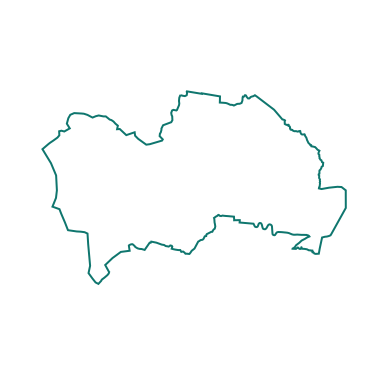 Domnesti, Arges, Romania, rotated 189°
{"feature_id": "2599482B99518216474378", "entity_name": "Domnesti", "entity_type": "district", "adm_level": 2, "iso_a3": "ROU", "parent_name": "Romania", "parent_adm1": "Arges", "projection": "natural_earth1", "projection_center": [24.832, 45.212], "detail": "fine", "context": "isolated", "style": "outline", "palette": "teal", "viewbox_px": 384, "rotation_deg": 189, "n_neighbors": 0, "source": "geoboundaries", "source_scale": "gbopen_adm2", "svg_char_len": 5561}
<svg xmlns="http://www.w3.org/2000/svg" viewBox="0 0 384 384"><g transform="rotate(189 192 192)"><path d="M325.7,245.5L326.3,239.9L322.7,235.7L327.6,231.8L330.6,232.1L332.7,231.2L331.9,227.2L333.4,224.7L336.8,221.3L339.9,218.4L341.3,216.9L346.4,210.9L335.8,198.4L328.8,187.1L325.7,172.5L325.4,164.9L327.5,155.7L320.2,154.3L317.9,150.3L312.7,142.0L308.6,135.0L308.5,134.9L306.6,134.9L299.7,135.0L295.7,135.4L291.8,135.5L288.7,134.6L286.4,124.3L281.1,103.2L281.5,95.8L281.5,95.7L276.8,91.0L273.1,87.6L270.1,86.6L267.8,90.0L267.4,91.3L265.0,93.8L262.6,96.6L261.5,98.5L261.3,100.0L261.5,100.1L266.3,106.3L260.2,114.3L252.9,121.7L244.4,124.2L246.0,129.2L246.0,129.3L245.4,129.9L244.7,130.4L244.1,130.7L243.6,130.9L242.8,131.1L242.7,131.1L241.9,130.8L240.9,130.1L240.0,129.5L239.5,128.9L237.9,128.2L236.8,127.8L234.9,127.6L232.8,127.8L229.7,127.4L225.9,135.3L224.9,135.4L224.5,136.6L224.4,136.6L219.3,136.4L213.6,135.3L211.3,135.3L209.5,134.5L207.4,134.5L206.8,134.4L206.7,134.4L205.7,135.0L205.1,135.8L203.6,135.7L202.9,134.9L203.2,132.8L201.5,132.6L199.6,132.5L196.6,132.5L194.5,132.8L194.4,132.7L193.2,131.2L192.1,131.6L191.5,131.8L191.4,131.8L189.8,130.9L188.8,130.0L188.7,130.0L188.0,130.2L184.9,130.4L184.8,130.5L184.0,131.9L183.1,133.9L180.7,136.5L178.1,144.0L177.0,144.8L176.1,145.8L174.1,146.5L173.3,147.5L172.5,150.2L172.4,150.3L171.1,150.7L171.1,150.8L171.1,152.0L170.8,152.7L170.7,152.8L170.1,153.2L166.7,155.7L165.7,155.9L165.3,157.1L164.8,158.3L163.8,159.3L163.6,161.6L164.4,164.1L164.9,165.3L165.8,169.1L166.2,169.8L164.5,171.5L163.4,172.3L162.7,173.2L162.4,173.5L161.7,173.4L161.1,172.9L160.5,172.8L159.5,172.8L158.1,173.5L156.6,173.5L155.1,173.6L152.7,173.8L146.7,174.2L145.9,170.8L145.9,170.7L140.5,171.7L140.4,171.7L140.2,169.3L126.3,170.3L124.7,168.0L124.1,167.5L123.3,167.4L122.5,167.5L121.9,168.0L121.5,168.9L121.3,170.2L121.1,171.0L120.7,171.6L120.2,172.0L119.4,172.0L118.8,171.8L118.0,170.8L116.8,168.0L116.4,167.3L115.8,166.7L115.1,166.6L114.5,166.6L113.9,166.7L113.3,167.2L112.7,168.2L111.7,171.0L111.0,171.8L110.9,171.9L110.1,172.2L109.0,172.0L108.1,171.4L107.6,170.4L106.1,163.9L105.9,163.3L105.7,162.8L105.3,162.5L105.0,162.3L104.6,162.2L104.2,162.2L103.8,162.2L103.3,162.5L103.0,163.1L102.2,164.9L101.7,165.5L100.5,166.0L97.0,166.4L91.7,166.7L90.0,166.6L86.6,165.8L85.3,165.7L84.1,165.8L81.4,166.4L77.1,166.8L75.3,167.1L73.6,167.3L72.5,167.5L71.4,167.4L70.7,167.3L70.2,167.2L69.6,166.9L69.1,166.4L71.2,165.1L73.0,163.5L76.1,161.2L78.2,158.5L80.8,155.8L81.8,153.7L83.0,152.3L83.7,152.0L83.8,151.9L83.8,151.7L80.4,152.1L79.8,152.9L79.2,153.2L78.8,153.7L78.4,153.6L77.6,153.0L77.0,152.7L76.2,152.7L75.7,152.9L75.5,153.3L75.4,153.4L75.4,154.2L75.3,154.5L75.2,154.5L75.1,154.4L74.8,153.6L74.4,153.2L73.8,153.2L72.2,153.4L69.6,153.4L67.4,152.7L66.2,152.9L65.4,152.7L64.5,153.0L63.9,153.0L63.8,152.7L64.0,152.1L63.6,151.3L63.2,151.2L62.7,151.5L61.7,150.5L61.6,150.4L60.3,150.2L59.8,150.3L57.1,150.9L57.0,156.2L56.4,167.4L53.7,168.6L51.8,169.1L50.0,169.9L48.4,170.9L47.7,172.6L37.6,200.3L40.4,217.7L45.1,220.3L49.1,219.9L57.3,217.7L64.5,215.2L67.2,215.4L67.2,216.6L66.8,217.1L66.9,220.6L67.3,221.3L67.1,222.2L67.6,223.5L67.5,224.1L67.7,224.6L68.5,225.5L68.8,226.6L68.8,227.8L69.6,228.7L69.6,229.4L69.0,230.0L69.2,230.8L69.2,231.6L69.5,232.7L69.3,233.5L68.7,234.1L68.1,235.6L67.9,237.2L66.8,238.2L67.0,241.5L68.2,241.8L69.2,243.6L70.1,243.9L71.4,245.4L71.4,246.3L71.9,247.1L72.0,248.5L73.1,249.5L73.1,250.9L72.6,252.7L74.6,253.4L76.3,254.8L77.4,255.6L79.2,255.8L81.2,255.8L81.5,256.5L81.5,256.8L81.7,257.0L82.1,257.0L82.3,256.7L82.5,256.8L82.8,257.4L83.8,258.1L84.4,258.4L84.6,258.7L84.9,259.0L85.9,260.5L86.5,261.3L87.2,262.8L87.7,263.7L88.8,264.8L89.7,266.4L89.9,266.6L90.0,266.6L90.5,266.4L91.5,266.1L92.1,266.1L92.7,266.1L93.2,266.4L94.4,268.0L94.6,268.3L94.6,268.7L94.5,268.9L94.6,269.1L94.8,269.2L95.6,268.9L96.0,268.8L96.5,268.4L96.9,268.2L97.4,268.2L98.1,268.3L98.9,268.4L99.9,268.1L100.6,268.1L101.2,268.2L102.1,268.5L102.4,268.7L102.6,269.0L102.9,269.0L103.2,269.1L103.7,268.9L104.2,269.0L104.6,269.2L104.7,269.6L104.9,270.0L105.2,270.3L105.3,271.3L105.8,272.0L106.3,272.3L107.1,272.4L107.2,272.7L107.1,273.0L107.1,273.4L107.4,273.5L107.7,273.4L108.5,273.1L108.8,273.1L109.5,273.2L110.3,273.4L111.0,273.7L111.5,276.2L111.3,277.2L111.8,277.5L113.2,277.8L114.1,277.8L116.4,279.8L123.8,286.1L142.9,296.4L145.0,297.4L146.3,296.3L148.1,295.5L149.0,294.9L149.5,294.0L150.2,293.3L151.3,293.2L153.1,294.7L153.5,295.4L153.7,295.7L154.2,295.9L154.5,295.9L154.8,295.9L155.0,295.7L155.2,295.3L155.6,294.4L156.2,293.9L156.7,294.0L156.8,293.1L156.5,290.2L157.0,287.7L158.2,286.9L159.1,286.5L160.8,286.2L161.3,286.0L163.9,284.1L164.2,284.0L164.6,284.0L165.1,284.3L166.5,284.3L167.8,284.1L170.9,285.0L172.6,285.2L175.3,285.0L178.5,284.7L179.3,290.8L197.7,291.0L197.6,290.5L212.8,290.6L212.9,290.3L212.3,288.7L212.4,286.7L213.9,285.7L214.0,285.6L216.2,285.6L217.5,285.8L218.7,285.3L218.8,285.3L219.3,283.1L219.1,279.9L218.4,277.4L218.4,275.7L219.7,270.6L220.2,270.1L220.3,270.1L223.2,270.2L223.3,270.2L224.4,269.4L224.9,266.9L224.2,264.8L223.4,263.7L222.6,259.9L223.4,257.7L231.0,253.4L232.1,249.9L231.9,248.5L232.2,245.9L232.8,244.6L232.7,242.1L229.1,239.4L229.6,238.1L241.2,232.6L244.6,231.6L253.5,236.1L257.0,238.7L258.0,242.0L265.8,237.9L273.2,242.9L275.8,242.3L275.6,245.9L278.3,247.5L280.5,249.3L282.8,250.4L284.7,250.7L286.2,251.6L289.0,253.2L291.3,252.8L296.1,253.0L298.9,251.8L301.8,250.0L303.2,250.4L307.3,251.8L311.1,252.4L312.2,252.3L312.8,252.3L320.7,251.5L324.3,249.2L325.7,245.5Z" fill="none" stroke="#0f766e" stroke-width="2"/></g></svg>